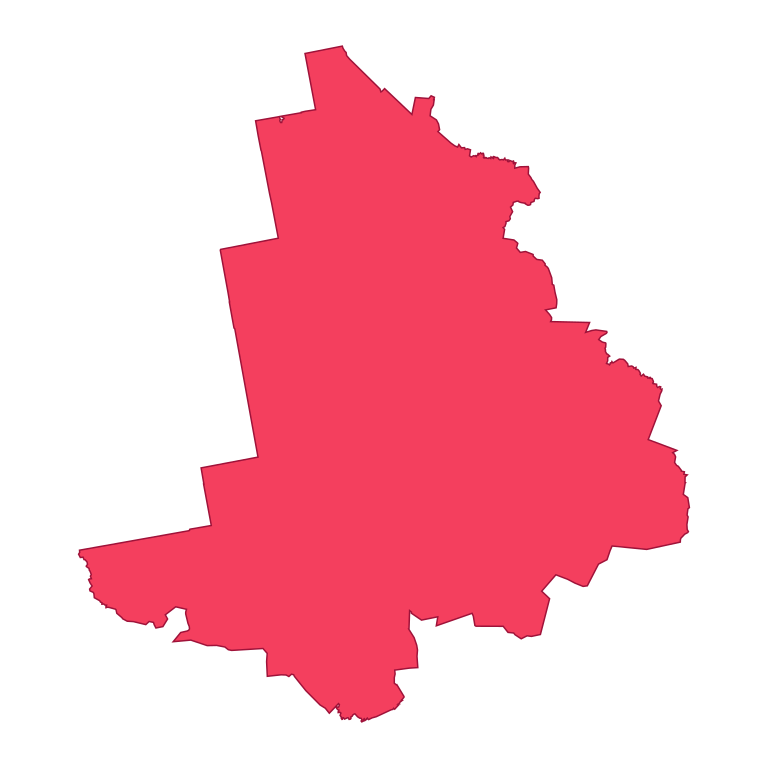 outline of Alsungas pag., Alsungas, Latvia
{"feature_id": "27541924B56000157761411", "entity_name": "Alsungas pag.", "entity_type": "district", "adm_level": 2, "iso_a3": "LVA", "parent_name": "Latvia", "parent_adm1": "Alsungas", "projection": "mercator", "projection_center": [21.563, 56.984], "detail": "fine", "context": "isolated", "style": "filled", "palette": "rose", "viewbox_px": 768, "rotation_deg": 0, "n_neighbors": 0, "source": "geoboundaries", "source_scale": "gbopen_adm2", "svg_char_len": 6075}
<svg xmlns="http://www.w3.org/2000/svg" viewBox="0 0 768 768"><path d="M380.0,89.0L349.7,59.2L346.6,55.6L346.1,52.4L344.9,51.3L343.0,48.3L342.3,46.1L305.0,53.5L315.6,109.7L305.2,111.3L301.3,112.2L301.4,112.7L280.8,116.3L284.1,118.3L283.4,119.6L282.3,119.6L281.7,122.5L280.6,122.5L280.0,121.4L279.8,120.3L280.5,119.4L279.9,118.7L279.7,117.4L279.0,116.7L255.6,120.8L258.2,135.9L261.0,150.3L261.4,151.0L269.6,193.8L271.6,203.0L278.3,238.2L220.6,249.4L220.3,250.2L228.0,292.4L229.6,301.9L229.3,302.0L232.1,317.6L234.0,328.0L234.8,328.8L258.0,457.1L201.1,467.9L203.9,484.1L203.6,484.1L211.3,525.5L189.9,529.2L189.6,529.5L189.6,530.3L189.0,530.7L79.5,550.2L79.7,552.4L78.6,554.2L80.3,557.5L83.1,557.2L84.0,559.6L85.2,559.8L87.1,562.1L87.5,564.4L86.3,566.0L86.3,566.5L89.0,568.4L89.4,570.5L90.0,571.1L91.3,574.6L90.4,576.1L91.4,578.7L89.3,579.0L88.6,579.6L90.2,583.1L92.1,586.0L89.6,589.1L90.0,590.9L93.3,592.4L93.9,593.7L94.3,597.7L99.7,600.7L100.5,602.1L101.9,602.6L101.9,604.2L103.7,604.0L105.1,605.1L106.6,605.2L105.9,606.8L106.0,607.7L107.3,607.2L109.0,607.4L115.5,609.2L116.0,609.7L116.8,613.3L121.9,617.6L122.7,618.8L127.2,621.2L133.4,621.6L145.8,624.6L149.1,621.5L153.5,622.4L154.2,624.7L155.9,628.0L162.9,626.6L167.6,619.0L165.3,614.8L175.7,606.8L186.5,609.3L185.7,612.1L185.7,613.9L188.0,623.4L189.3,626.6L189.5,629.0L188.6,630.3L187.2,631.0L180.7,632.5L173.2,641.7L190.8,640.1L207.2,645.6L216.6,645.4L224.9,647.0L228.3,649.7L231.6,650.4L263.0,648.5L267.2,653.4L266.6,661.6L267.3,676.3L281.2,674.8L286.1,675.0L288.9,676.5L291.5,674.2L293.6,674.7L294.5,676.5L305.8,690.6L320.1,705.0L325.3,708.2L329.3,713.2L338.5,703.6L339.4,704.7L338.7,706.9L338.1,707.3L336.9,706.8L336.4,707.9L337.5,709.5L338.9,710.1L338.1,712.0L338.2,712.6L339.6,712.2L340.7,712.7L340.9,713.3L340.4,713.9L340.4,714.9L340.1,715.5L341.3,717.1L341.2,718.1L342.0,719.4L342.4,719.3L342.5,718.0L343.0,717.7L343.5,717.8L344.6,719.1L347.6,717.7L348.1,717.7L349.1,719.4L350.2,719.2L350.9,718.6L350.9,716.9L352.1,716.3L352.9,714.9L354.4,713.9L355.0,713.9L357.6,716.8L359.8,718.2L361.1,718.3L362.0,719.9L361.1,721.0L361.8,721.9L363.7,720.9L363.5,719.7L364.2,718.7L365.1,719.7L364.6,720.3L364.8,720.6L366.4,719.5L366.7,718.6L367.4,718.1L368.0,719.2L368.6,719.6L372.0,717.9L376.3,716.7L391.1,709.8L392.9,709.4L393.6,708.3L394.7,709.2L398.1,705.5L397.7,705.0L398.5,704.9L398.3,704.0L399.6,703.9L399.4,703.1L400.6,701.4L401.1,701.4L401.4,700.5L401.7,700.8L402.5,700.3L401.9,699.8L404.0,697.2L404.0,696.5L396.8,684.6L396.3,684.8L394.3,683.2L394.3,677.6L395.1,674.0L394.7,670.1L409.5,668.1L417.8,667.6L417.0,656.3L417.5,650.0L416.7,645.2L414.1,637.6L408.6,628.9L409.0,628.7L409.6,610.6L411.5,612.2L411.4,613.2L421.5,620.1L437.8,616.8L436.3,625.8L472.1,613.3L473.3,616.1L474.9,625.5L476.0,626.2L503.2,626.3L508.0,632.4L513.7,633.0L515.0,634.7L521.2,638.8L527.1,635.8L531.4,636.4L540.4,634.5L549.6,598.7L541.7,591.2L555.9,574.8L567.7,579.3L575.1,583.2L583.1,586.4L587.3,585.8L598.5,564.1L607.0,559.7L610.1,550.6L612.1,546.0L646.7,549.4L680.3,542.1L680.4,539.9L680.8,538.3L684.7,534.2L687.7,532.6L688.4,531.6L687.2,529.5L686.9,524.6L688.1,516.9L687.1,515.0L687.9,508.9L689.4,507.6L687.8,497.7L683.3,494.4L685.2,482.7L685.5,482.6L685.0,482.1L685.1,476.9L687.2,474.9L683.9,474.3L684.4,471.8L681.3,471.1L681.3,470.3L678.3,466.3L676.6,465.4L674.6,462.5L675.6,456.9L674.5,454.3L672.7,452.7L676.9,450.4L648.2,439.6L661.2,405.7L658.5,401.0L660.1,394.2L661.8,390.8L662.0,389.1L661.2,389.4L660.3,388.7L660.7,386.8L659.6,386.5L657.7,387.5L656.8,386.4L656.6,384.2L653.0,383.6L652.7,383.0L653.4,382.2L653.4,381.5L652.2,378.6L650.8,378.3L650.3,377.4L649.8,377.5L649.6,378.1L649.1,377.7L648.0,378.2L647.3,377.3L647.5,376.8L644.8,376.2L643.5,374.2L641.2,376.0L640.0,374.2L640.4,373.3L639.0,370.8L637.9,369.6L635.8,369.4L636.0,367.4L633.8,368.1L633.1,366.7L631.7,366.0L628.2,366.5L627.7,363.8L624.7,360.3L623.3,359.3L619.3,359.1L613.2,362.8L612.7,362.8L611.9,361.6L611.4,362.8L610.4,362.8L609.8,364.6L609.5,364.9L608.2,364.0L606.5,363.5L607.7,360.8L607.7,357.4L609.7,356.1L607.5,354.1L606.7,353.9L605.4,351.4L605.5,349.9L605.0,348.2L605.7,347.2L605.9,343.7L605.6,342.9L602.4,342.1L598.7,339.6L600.9,336.5L606.4,333.3L607.0,332.3L606.7,331.4L595.9,329.9L591.8,330.5L585.6,332.4L589.6,322.5L550.6,321.6L551.5,319.7L551.6,317.6L549.6,314.5L545.5,309.9L556.1,307.8L556.7,303.7L556.8,299.7L555.0,292.2L553.8,285.2L552.3,284.4L551.7,277.7L548.3,268.4L547.0,266.8L545.0,265.3L545.2,263.9L542.3,260.2L536.7,259.4L533.2,256.1L533.1,254.5L532.7,254.3L525.5,251.5L520.3,252.4L516.5,248.0L517.8,243.4L517.6,243.1L514.0,240.0L503.1,238.3L504.6,229.4L503.1,227.6L504.9,226.5L506.0,223.4L506.0,221.6L508.9,220.8L510.3,218.8L509.8,216.6L512.6,211.7L510.5,207.1L512.9,205.0L513.3,202.4L516.9,201.2L518.5,201.2L518.9,201.8L520.8,202.5L525.3,203.3L525.3,203.8L527.7,205.2L529.0,205.2L530.5,204.6L530.9,202.5L534.0,201.4L534.5,199.2L535.3,198.3L537.8,198.7L539.1,198.2L538.9,196.7L539.2,193.7L540.2,192.4L537.2,188.2L533.4,181.3L531.8,179.5L530.9,177.6L528.3,174.1L528.6,168.1L528.3,166.6L520.0,166.8L514.8,168.2L514.8,165.1L515.9,162.9L514.6,162.7L513.5,163.5L513.3,163.0L513.7,161.3L513.5,161.0L512.3,161.5L509.8,160.5L509.1,161.6L508.0,161.7L507.6,161.3L508.2,160.0L505.4,159.9L504.8,158.2L503.4,159.9L502.0,159.5L499.8,159.9L498.6,159.1L498.6,158.6L497.5,157.5L496.0,157.5L493.7,156.5L493.2,156.8L493.7,158.1L493.4,158.5L491.0,156.9L490.7,158.5L489.7,157.9L488.8,157.9L488.4,158.4L486.8,158.2L486.4,157.7L485.7,158.0L485.2,157.5L484.1,158.1L483.5,157.4L484.0,156.4L483.9,155.5L483.3,155.0L483.7,154.6L483.4,153.4L483.0,153.2L481.6,153.8L480.6,152.8L479.5,153.9L478.2,153.4L477.8,154.1L478.2,155.0L476.6,155.7L476.2,156.5L475.6,155.7L475.1,156.1L473.7,155.7L471.2,157.0L469.5,155.8L470.5,149.8L467.5,148.8L465.2,149.4L464.6,147.6L461.4,147.8L458.9,144.5L457.6,147.1L454.7,145.8L450.8,143.0L437.9,131.6L439.6,129.7L438.5,123.9L436.4,119.9L430.1,115.8L430.9,109.3L433.4,105.1L434.2,99.5L433.7,99.5L434.4,97.3L431.1,95.8L428.8,98.5L415.4,97.5L411.9,114.5L384.6,88.6L382.1,91.2L380.9,91.9L380.0,89.0Z" fill="#f43f5e" stroke="#9f1239" stroke-width="1.5"/></svg>